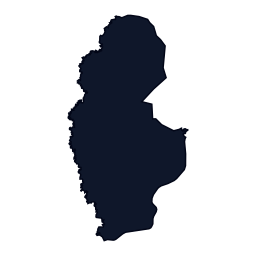 General Alvear, Corrientes, Argentina (Mercator projection)
{"feature_id": "61730980B3479013569835", "entity_name": "General Alvear", "entity_type": "district", "adm_level": 2, "iso_a3": "ARG", "parent_name": "Argentina", "parent_adm1": "Corrientes", "projection": "mercator", "projection_center": [-56.591, -28.773], "detail": "fine", "context": "isolated", "style": "filled", "palette": "ink", "viewbox_px": 256, "rotation_deg": 0, "n_neighbors": 0, "source": "geoboundaries", "source_scale": "gbopen_adm2", "svg_char_len": 5599}
<svg xmlns="http://www.w3.org/2000/svg" viewBox="0 0 256 256"><path d="M115.4,16.5L116.1,17.1L115.4,18.2L115.6,19.2L115.3,19.5L113.9,19.4L111.4,19.9L110.7,21.4L110.7,21.8L111.6,21.9L111.6,23.0L111.1,23.3L110.4,22.6L109.6,22.8L110.1,23.6L109.9,24.2L108.8,24.9L108.7,25.4L108.0,26.0L108.4,26.9L108.2,27.7L106.5,26.8L104.3,28.5L104.8,29.8L104.7,30.7L105.4,31.0L104.0,34.1L102.1,36.1L100.7,35.4L99.9,36.3L99.8,40.4L99.3,42.0L99.5,42.7L101.2,44.0L102.1,44.0L102.4,44.8L100.1,45.8L100.8,46.8L101.7,46.4L102.5,47.0L101.2,49.7L99.8,49.5L99.1,50.4L99.3,51.0L100.2,50.6L101.0,50.9L97.6,52.5L97.4,52.1L98.2,51.4L97.3,51.3L96.5,52.3L95.8,51.9L95.7,51.4L96.9,51.1L95.8,50.4L95.1,51.8L95.4,52.5L94.9,52.5L94.5,52.0L94.6,51.3L92.0,50.8L91.7,51.0L91.7,51.8L91.1,51.9L90.6,51.4L90.3,51.9L90.3,52.5L90.9,53.2L90.5,53.3L90.3,54.1L89.7,53.4L89.0,53.8L88.9,54.3L89.5,54.7L89.0,55.0L87.3,54.8L86.3,55.4L86.0,56.0L86.4,56.0L86.3,56.8L85.6,57.2L85.3,56.9L84.6,57.9L84.3,57.8L84.4,57.3L83.8,57.0L82.2,57.7L83.9,60.7L83.1,61.1L82.7,60.8L82.1,61.6L82.9,63.0L82.5,63.1L82.7,63.6L81.9,63.9L81.6,63.3L81.0,63.9L80.1,63.8L79.8,64.0L80.3,65.2L79.1,65.6L79.0,66.1L80.9,68.4L80.4,69.8L79.8,70.0L79.8,71.5L80.5,71.4L80.7,71.9L82.0,72.2L82.3,72.9L82.1,73.4L81.3,73.4L80.6,75.0L80.7,76.5L80.0,77.8L80.5,78.6L80.4,80.3L79.1,79.6L77.8,80.6L77.5,80.9L78.0,81.1L78.0,82.0L77.5,82.8L79.1,83.4L79.2,84.0L80.6,84.1L81.1,84.7L80.6,85.7L82.0,86.4L82.1,86.9L81.5,87.2L81.7,88.2L82.7,88.3L83.5,89.0L83.8,91.3L84.5,91.6L85.1,90.9L85.9,90.9L85.8,91.9L86.6,91.5L86.7,92.2L87.4,92.4L87.3,92.9L85.6,93.6L84.7,94.8L84.5,96.3L84.1,96.7L84.1,97.7L83.4,97.9L83.3,98.4L83.3,99.4L83.7,99.9L83.6,101.9L82.7,103.0L79.9,102.1L80.0,101.1L80.7,101.6L81.5,101.1L81.7,100.7L81.5,100.1L79.7,100.3L78.4,101.0L78.5,101.4L79.0,101.4L78.6,102.0L77.3,102.5L77.3,103.0L78.5,102.5L79.3,102.6L79.4,103.0L77.7,103.7L78.3,104.4L78.1,105.0L76.7,105.9L77.0,104.6L75.7,104.4L75.4,106.1L76.0,106.7L75.6,107.1L74.3,107.2L74.1,107.5L74.6,108.3L74.2,108.8L73.3,108.6L73.3,109.2L72.6,109.7L71.6,109.3L71.6,109.9L72.9,110.4L71.5,110.7L70.8,112.0L70.4,111.9L70.5,112.7L71.1,112.9L71.0,113.2L70.1,113.4L69.0,112.9L68.8,113.3L69.7,113.6L69.7,114.5L70.2,114.8L69.9,115.2L69.3,114.6L69.0,114.7L69.6,116.1L69.5,116.5L68.5,116.4L68.2,117.8L68.6,118.5L70.3,117.9L69.8,119.5L70.9,119.7L70.7,119.0L71.1,118.8L71.8,119.4L72.9,119.5L72.6,120.7L74.1,121.1L73.7,122.6L73.0,123.4L73.0,123.9L74.2,123.8L74.4,124.1L73.3,125.1L73.4,125.5L74.2,125.9L74.0,126.3L74.5,126.8L74.5,127.3L72.5,127.1L71.9,128.1L71.1,128.0L70.5,128.6L70.1,127.6L69.7,127.9L69.5,128.6L69.6,129.5L70.8,129.8L72.1,131.7L72.0,132.2L71.3,132.4L71.4,132.8L72.6,133.2L72.0,133.7L71.7,134.7L72.6,134.8L72.9,136.0L72.4,136.7L70.8,136.6L70.2,137.0L70.6,137.7L70.6,138.8L69.6,140.5L69.7,140.9L71.1,141.7L71.0,143.2L70.5,143.8L70.1,142.9L69.6,142.9L69.1,143.7L69.9,144.8L70.9,144.9L71.7,145.8L71.6,146.3L70.6,146.5L70.4,146.9L70.6,147.9L72.5,148.2L72.8,151.3L73.5,151.2L74.6,149.3L75.1,149.3L75.3,149.8L75.3,150.3L74.3,150.5L74.8,151.2L74.8,151.9L74.2,152.6L74.9,152.6L74.8,155.0L75.6,155.4L75.7,155.8L74.7,156.4L74.1,157.4L74.0,158.5L75.2,157.7L75.8,158.0L75.4,158.8L75.9,159.7L75.7,160.0L75.1,159.7L74.8,160.1L75.2,160.8L74.7,161.0L74.7,161.6L76.0,162.6L77.0,164.0L77.9,163.7L78.8,164.3L78.4,166.7L78.7,167.2L80.9,167.4L81.1,167.8L80.8,168.5L81.0,169.6L79.6,170.5L79.8,169.7L79.4,169.4L78.8,170.3L79.3,171.1L78.3,171.8L78.6,172.8L79.9,173.2L80.8,174.8L80.0,177.4L80.0,179.1L82.2,179.0L82.8,180.0L82.7,181.7L83.5,182.4L83.2,182.9L80.9,184.2L81.0,185.2L82.3,185.1L82.5,185.5L81.8,186.7L81.2,186.5L80.8,187.3L80.9,187.8L82.2,187.8L82.4,188.2L82.0,189.4L80.8,190.4L80.9,190.8L81.3,191.0L82.2,190.1L83.3,190.1L84.7,191.3L84.8,192.7L85.4,192.2L85.1,191.4L85.6,191.0L86.2,190.9L86.3,192.3L86.7,192.5L87.2,191.5L87.6,191.6L87.5,192.6L86.6,193.0L86.9,195.4L86.7,196.0L86.4,196.4L85.8,195.4L85.0,196.5L85.0,197.3L85.6,197.5L85.9,196.9L86.3,197.0L86.2,198.5L87.8,200.2L86.7,201.2L86.8,201.9L87.8,202.2L87.9,203.5L90.1,202.6L91.1,203.0L91.5,202.2L93.1,201.7L95.2,202.5L95.3,203.2L94.6,203.5L94.5,204.1L95.2,204.1L95.8,203.6L96.3,204.0L95.9,204.6L94.5,204.6L94.2,205.3L94.4,206.0L95.6,206.7L95.8,209.7L96.9,209.8L96.0,211.9L97.4,212.2L97.4,212.8L96.2,214.6L96.0,216.8L96.3,217.4L101.5,218.1L102.0,219.3L101.9,220.0L102.4,220.3L103.7,219.9L103.4,221.0L102.1,221.2L102.1,221.8L103.5,222.6L104.5,224.0L104.2,224.6L102.8,224.4L102.4,224.7L103.5,226.1L103.1,227.1L98.9,227.0L97.8,229.2L98.0,230.3L97.3,231.4L97.3,232.2L98.0,232.8L99.5,232.7L99.8,233.2L99.6,233.6L98.9,233.8L97.0,233.3L96.5,233.5L96.3,234.3L97.1,235.4L98.9,235.0L100.9,235.4L101.3,236.3L102.3,236.6L104.2,240.6L107.5,239.5L113.2,240.1L114.5,239.9L115.9,239.2L122.7,233.8L125.6,232.2L149.0,228.7L150.7,227.8L151.5,226.7L152.8,223.9L152.9,218.7L153.6,216.3L156.1,211.8L156.7,209.4L156.1,207.4L152.8,204.0L151.8,202.2L152.0,198.3L153.4,194.6L157.7,188.4L159.0,187.2L161.2,185.8L167.9,183.5L174.1,180.5L176.6,178.5L184.3,169.6L185.5,165.7L185.6,153.9L184.5,141.6L185.0,138.9L185.7,137.3L184.2,136.4L183.1,134.2L183.6,133.4L184.9,133.6L185.3,133.3L185.6,132.8L185.1,131.4L185.8,131.6L187.8,130.1L187.7,129.7L186.4,129.9L185.7,128.9L184.1,128.9L183.2,130.2L183.5,130.7L182.8,131.0L182.6,130.3L181.9,130.3L182.1,129.8L181.6,129.4L181.5,128.5L181.2,128.8L180.8,128.5L179.2,129.4L173.7,130.8L161.6,124.7L155.8,118.9L152.6,118.9L151.8,104.2L141.7,101.7L153.6,88.9L166.1,77.7L163.1,67.8L165.1,45.9L160.6,39.8L156.3,35.7L153.6,26.5L149.7,22.7L147.6,19.4L139.1,16.6L130.6,15.4L127.8,15.4L121.8,17.8L119.1,16.7L116.8,16.5L116.2,16.1L115.4,16.5Z" fill="#0f172a" stroke="#020617" stroke-width="1.5"/></svg>